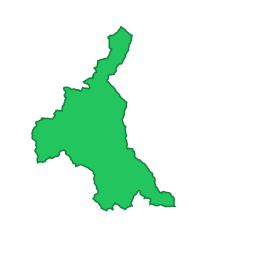 Santiago de Chuco, La Libertad, Peru (Albers equal-area conic projection), rotated 302°
{"feature_id": "86281439B3188642373758", "entity_name": "Santiago de Chuco", "entity_type": "district", "adm_level": 2, "iso_a3": "PER", "parent_name": "Peru", "parent_adm1": "La Libertad", "projection": "albers", "projection_center": [-78.103, -8.267], "detail": "fine", "context": "isolated", "style": "filled", "palette": "green", "viewbox_px": 256, "rotation_deg": 302, "n_neighbors": 0, "source": "geoboundaries", "source_scale": "gbopen_adm2", "svg_char_len": 5651}
<svg xmlns="http://www.w3.org/2000/svg" viewBox="0 0 256 256"><g transform="rotate(302 128 128)"><path d="M45.9,147.6L46.1,149.7L45.9,150.4L46.5,152.0L46.6,153.8L47.2,153.8L47.9,153.3L48.7,153.6L49.8,154.6L50.6,155.6L50.8,156.3L50.8,157.2L50.4,158.0L50.6,158.5L51.2,158.4L53.0,156.4L53.7,156.3L55.8,156.9L57.5,156.8L57.2,158.2L57.6,159.6L57.7,161.0L56.8,164.1L56.8,164.9L57.3,165.9L57.3,168.5L57.7,168.8L58.8,169.0L60.6,169.6L63.0,171.6L63.6,171.8L64.0,172.5L64.0,173.5L64.7,171.6L66.1,170.0L68.6,170.0L73.8,168.9L75.9,169.9L79.1,169.9L80.4,170.1L80.8,170.4L81.0,171.2L80.7,171.9L80.4,172.1L79.5,172.4L78.4,173.4L78.3,176.5L78.5,176.9L78.6,177.9L78.1,178.5L76.9,179.2L77.2,179.4L77.9,179.3L78.2,179.5L78.2,180.9L79.6,182.6L79.5,183.7L79.9,184.2L79.9,184.7L77.8,185.9L76.8,185.7L76.4,185.8L75.7,186.8L74.9,187.2L75.7,187.6L76.1,188.3L76.2,189.3L76.8,189.9L76.5,191.9L77.0,193.0L78.5,194.8L79.5,195.4L80.8,197.1L80.9,197.7L80.5,198.3L81.1,199.4L81.1,201.3L83.0,203.9L83.5,205.0L85.1,206.5L85.7,208.4L86.3,209.1L86.3,208.7L87.9,207.3L92.3,204.7L92.9,204.0L93.6,202.7L93.2,201.3L94.1,199.8L94.6,199.4L95.0,197.9L94.0,195.1L93.3,194.4L93.3,192.5L92.6,191.8L92.0,190.8L91.1,191.0L90.5,190.8L90.5,189.6L90.2,188.9L90.6,188.3L90.7,187.5L91.3,186.9L91.3,185.9L91.9,185.6L92.1,184.5L92.5,184.3L92.4,183.9L93.0,183.6L93.1,182.4L93.9,181.7L94.5,181.4L95.0,180.2L95.8,179.9L96.2,178.7L97.0,179.1L97.9,178.7L99.2,177.7L99.9,176.6L99.8,175.3L100.0,174.8L100.9,173.8L101.5,173.7L102.5,172.5L102.7,169.1L103.2,168.2L103.8,168.0L104.3,165.9L105.5,163.9L105.6,163.0L106.3,161.6L106.4,160.5L106.0,158.9L106.6,157.7L106.7,155.6L107.3,154.6L106.3,153.8L106.8,151.2L106.6,149.9L106.7,149.3L107.8,148.7L108.4,147.8L109.8,147.5L110.1,146.9L111.3,145.8L111.4,144.2L112.3,143.6L112.7,142.9L112.7,142.5L111.5,140.8L111.4,139.7L110.2,138.8L110.4,137.8L111.3,137.0L114.0,136.0L114.5,135.2L115.1,134.7L115.7,133.7L116.2,133.8L116.6,133.6L117.2,132.0L118.2,130.9L119.8,131.1L121.3,130.4L121.8,128.8L123.2,128.3L125.8,126.0L127.6,125.6L128.1,125.1L127.9,123.8L128.2,123.2L131.4,119.0L132.6,118.4L134.0,118.5L136.3,117.8L137.3,117.7L137.9,117.3L139.1,117.0L139.7,116.1L141.0,115.8L142.2,115.9L142.4,115.6L144.3,115.6L145.0,114.9L145.6,115.0L147.8,113.7L148.6,113.6L149.2,113.3L149.0,111.8L149.7,110.0L149.6,108.7L150.5,104.9L151.3,103.5L151.8,102.9L151.8,102.0L152.2,101.4L152.2,100.0L152.6,99.7L152.6,98.7L153.2,97.8L153.1,97.4L153.9,97.0L154.4,94.7L155.1,93.9L154.9,93.1L155.0,91.8L155.8,89.2L156.5,87.8L156.7,85.1L157.0,84.9L157.9,84.8L158.5,85.1L159.5,85.2L161.4,84.1L162.8,83.6L163.5,84.1L164.5,85.9L166.0,87.6L168.7,87.5L170.0,87.8L171.5,86.6L174.7,86.1L176.0,86.5L177.8,86.8L178.6,88.2L179.9,88.5L182.7,88.1L183.8,88.3L184.4,87.8L185.0,87.7L185.9,88.1L187.0,88.2L188.5,87.3L188.7,86.6L190.2,87.1L192.1,87.0L193.9,87.3L195.6,86.3L197.4,85.8L197.7,85.4L198.4,85.3L199.6,84.6L200.9,85.1L204.8,84.1L206.5,83.0L207.2,83.0L207.6,82.6L208.7,82.4L208.4,81.1L208.6,79.9L208.3,78.6L208.8,77.8L209.1,74.9L209.9,73.3L209.7,71.8L210.1,69.5L210.1,68.4L208.7,68.7L205.7,68.2L204.0,68.4L201.2,67.1L199.6,66.8L198.0,65.6L197.1,63.7L196.0,64.1L195.1,63.0L193.9,63.2L193.6,65.2L192.8,65.3L191.9,66.2L190.4,66.8L189.3,67.7L186.9,68.9L186.1,69.8L185.8,71.2L186.6,71.9L186.1,72.4L183.6,72.7L181.9,72.6L180.6,73.5L180.1,73.3L179.5,73.3L179.2,73.5L177.8,73.3L176.2,73.5L174.8,72.3L173.7,70.7L172.5,69.9L171.8,69.2L171.4,68.5L170.2,67.9L169.0,66.7L167.0,67.9L165.8,68.3L164.4,69.0L163.5,69.2L162.9,69.0L162.1,68.2L160.8,67.5L160.5,69.4L159.1,71.4L158.6,71.8L157.8,70.7L154.9,70.4L154.0,70.8L152.7,70.8L152.4,71.8L151.9,71.9L150.8,71.1L151.0,70.2L149.9,69.4L149.3,68.5L145.1,66.7L144.3,65.9L143.5,65.7L143.2,67.6L143.9,70.7L143.9,71.9L141.8,74.3L141.1,74.5L140.7,74.3L140.0,72.1L138.6,70.0L138.3,68.1L136.5,68.5L134.5,68.5L133.8,67.9L134.3,66.3L133.5,64.9L133.0,64.6L133.2,63.9L132.6,63.3L132.8,62.7L132.5,61.5L130.9,59.8L130.6,59.0L130.9,57.4L130.7,56.3L130.0,54.2L129.3,53.5L128.6,52.3L127.7,52.4L126.8,53.2L126.7,53.7L126.2,53.9L126.1,55.5L125.6,56.1L124.5,56.6L122.1,56.5L121.5,56.9L121.3,57.8L120.7,58.4L121.1,58.8L121.1,59.5L120.4,60.0L120.0,60.1L119.3,59.7L118.6,59.6L117.2,60.5L115.4,60.6L113.1,61.5L112.3,60.9L111.8,60.9L110.6,61.3L107.6,62.9L107.2,62.3L105.1,58.0L104.6,57.7L103.6,58.0L100.9,57.7L100.5,57.9L99.9,59.8L98.9,59.5L98.3,59.8L97.4,59.1L96.2,59.5L95.5,59.1L94.9,58.0L94.0,55.7L92.9,53.7L92.4,53.1L91.9,51.7L91.4,51.2L91.2,50.2L90.6,49.7L90.6,51.0L90.0,51.2L88.8,49.9L86.0,48.3L84.4,46.9L83.8,46.9L83.3,47.2L82.3,48.5L81.1,49.5L80.4,49.4L79.5,48.7L78.5,48.3L77.0,48.5L75.0,48.5L73.9,49.4L73.0,49.3L72.2,49.6L71.6,50.1L71.2,51.1L69.4,51.5L68.6,52.1L68.1,53.7L68.1,55.5L67.7,57.2L67.1,57.9L64.8,58.7L64.3,59.1L63.6,60.6L63.2,60.8L62.1,61.1L60.6,60.8L59.0,61.4L58.6,62.8L56.5,66.9L55.5,67.3L54.5,67.0L52.3,68.2L50.7,69.8L52.2,70.8L53.3,72.4L53.9,73.9L54.5,74.5L55.4,74.9L55.7,75.4L57.0,75.3L58.3,75.5L60.1,76.7L62.0,77.1L62.1,77.5L61.4,78.2L61.7,78.9L63.0,80.4L65.5,81.6L67.0,83.5L68.7,83.9L70.9,82.8L72.1,82.8L72.8,83.1L74.1,84.5L75.3,85.1L75.0,87.6L73.2,88.9L72.8,89.6L73.3,91.1L72.8,92.4L73.1,93.1L72.4,94.1L72.1,95.6L71.1,96.0L70.5,98.2L70.1,98.9L69.1,99.8L69.1,100.9L69.6,102.0L69.5,102.6L67.8,104.2L68.5,104.9L70.4,105.8L72.0,107.3L72.1,107.6L73.0,114.4L72.7,118.5L72.8,121.0L72.4,121.8L70.9,122.9L70.6,124.6L70.2,125.1L68.7,125.2L67.8,125.7L66.5,126.0L65.7,127.3L63.2,128.9L62.7,130.5L61.7,132.4L61.4,132.8L60.4,133.1L60.0,133.4L59.3,135.4L58.3,136.5L56.6,137.0L55.3,136.3L54.1,135.2L53.1,135.3L52.4,135.8L51.0,136.1L49.5,135.8L49.4,137.3L48.7,139.1L48.9,142.4L48.1,144.4L47.5,145.2L47.1,147.1L46.6,147.4L45.9,147.6Z" fill="#22c55e" stroke="#15803d" stroke-width="1.5"/></g></svg>